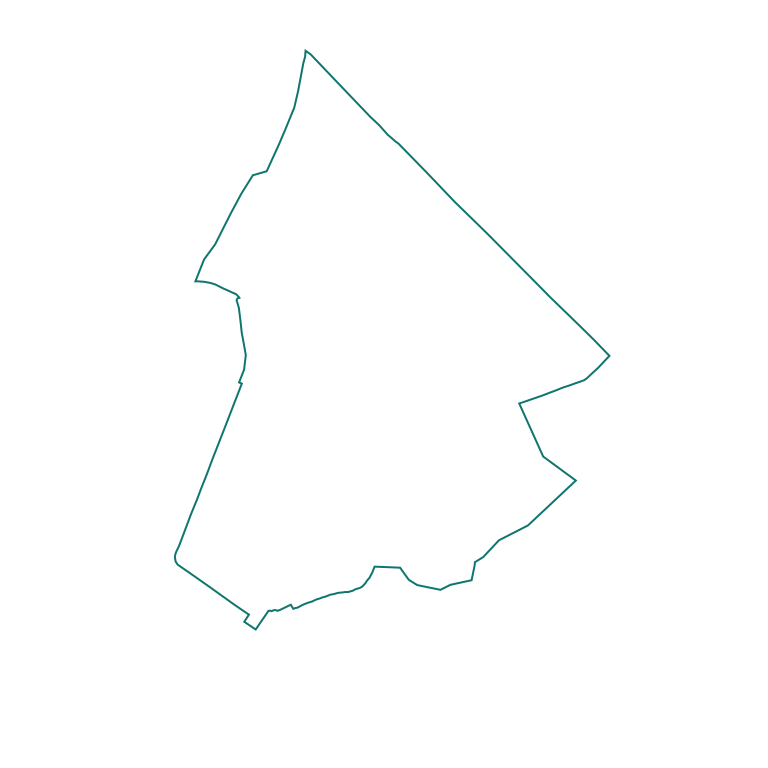 the district of City, Castries, Saint Lucia, rotated 293°
{"feature_id": "8701671B44976535093209", "entity_name": "City", "entity_type": "district", "adm_level": 2, "iso_a3": "LCA", "parent_name": "Saint Lucia", "parent_adm1": "Castries", "projection": "albers", "projection_center": [-60.991, 14.009], "detail": "fine", "context": "isolated", "style": "outline", "palette": "teal", "viewbox_px": 768, "rotation_deg": 293, "n_neighbors": 0, "source": "geoboundaries", "source_scale": "gbopen_adm2", "svg_char_len": 1894}
<svg xmlns="http://www.w3.org/2000/svg" viewBox="0 0 768 768"><g transform="rotate(293 384 384)"><path d="M660.1,181.6L654.4,183.5L647.7,184.4L619.5,190.6L603.3,193.4L580.6,193.7L564.0,193.7L534.0,192.9L524.9,181.7L503.2,178.3L481.3,176.3L446.6,174.0L428.3,169.7L404.8,170.3L405.8,172.6L407.7,178.2L408.1,179.9L409.2,184.7L409.7,189.9L409.1,199.5L409.1,203.1L408.8,213.1L407.3,216.5L406.8,217.2L405.5,215.6L403.5,215.6L397.3,220.7L385.0,227.8L375.8,232.9L365.1,240.0L356.6,245.5L342.5,249.6L328.8,250.0L328.8,253.0L306.2,253.7L281.9,254.5L249.3,255.4L231.1,256.2L217.0,256.5L205.0,257.0L189.1,257.2L160.5,258.4L154.4,258.6L148.0,258.3L145.5,258.5L143.5,259.0L141.4,260.1L139.1,261.6L137.1,264.7L133.9,280.1L129.0,303.0L122.5,331.9L118.9,349.8L110.5,348.3L107.9,361.8L130.0,366.3L130.8,367.6L131.0,369.3L132.7,370.9L133.5,372.5L133.7,374.8L136.1,377.2L142.1,382.4L143.7,383.8L144.4,384.5L141.6,388.4L143.1,389.9L143.8,391.0L144.7,392.1L148.9,395.4L152.6,399.1L155.8,402.9L158.9,405.6L161.6,408.8L163.7,410.9L165.3,413.1L169.0,416.8L171.1,420.0L173.7,423.2L175.8,427.0L177.4,429.7L178.5,432.3L181.6,436.1L183.7,437.7L186.9,441.5L189.0,443.1L193.3,444.7L196.4,445.2L199.6,446.3L206.0,446.9L207.9,446.8L211.4,446.7L212.2,446.7L217.3,460.2L221.2,470.6L213.4,483.4L211.9,493.1L212.6,496.7L216.6,516.4L225.1,523.6L237.6,541.3L252.5,538.3L255.5,537.3L263.3,542.9L285.1,550.9L310.1,571.8L370.1,598.3L379.4,558.9L418.9,516.1L428.4,526.7L434.9,533.9L440.5,539.7L446.0,545.5L450.1,549.5L455.7,555.9L458.9,559.3L462.5,563.3L465.6,566.7L468.7,568.6L476.7,572.1L482.1,574.6L498.0,580.5L502.8,569.1L506.8,559.7L508.1,556.4L515.4,537.8L529.2,502.1L533.6,491.5L557.0,434.4L563.4,418.7L576.6,384.8L579.2,378.1L595.6,340.1L598.6,332.9L611.0,303.2L611.2,302.6L611.5,300.6L615.0,289.7L620.3,278.6L624.6,266.9L625.2,265.5L645.6,218.1L658.8,187.6L660.1,181.6Z" fill="none" stroke="#0f766e" stroke-width="2"/></g></svg>